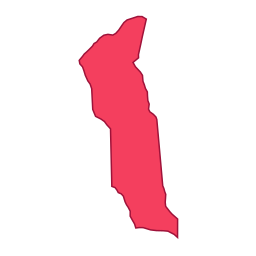 the district of Américo Brasiliense, São Paulo, Brazil, rotated 88°
{"feature_id": "56859067B22191698806388", "entity_name": "Américo Brasiliense", "entity_type": "district", "adm_level": 2, "iso_a3": "BRA", "parent_name": "Brazil", "parent_adm1": "São Paulo", "projection": "albers", "projection_center": [-48.034, -21.724], "detail": "fine", "context": "isolated", "style": "filled", "palette": "rose", "viewbox_px": 256, "rotation_deg": 88, "n_neighbors": 0, "source": "geoboundaries", "source_scale": "gbopen_adm2", "svg_char_len": 1157}
<svg xmlns="http://www.w3.org/2000/svg" viewBox="0 0 256 256"><g transform="rotate(88 128 128)"><path d="M239.1,82.3L220.7,81.6L215.5,87.1L213.0,89.2L207.6,93.1L203.5,93.4L199.9,93.0L195.6,92.6L193.0,93.5L189.6,94.3L187.0,95.3L120.6,98.9L118.0,99.7L115.2,102.2L112.6,105.6L109.9,106.8L104.8,106.0L101.3,107.2L96.4,107.4L92.6,107.4L89.1,109.2L85.3,110.2L81.9,111.4L75.9,111.7L72.5,113.7L67.0,118.5L62.6,120.7L58.2,115.0L55.0,115.0L45.3,112.5L36.8,110.4L19.8,105.9L17.1,110.1L16.9,114.4L20.0,125.2L22.5,128.4L25.0,130.3L29.9,133.9L33.0,136.9L34.6,139.9L33.7,144.8L34.4,148.9L37.3,153.2L41.0,156.3L42.4,159.0L44.9,160.6L48.4,164.3L50.8,167.0L52.5,169.1L54.8,170.9L58.7,174.4L62.2,173.9L65.3,171.3L69.0,170.1L73.9,168.8L79.5,166.5L82.8,164.3L87.5,162.9L101.1,162.7L108.2,162.6L115.2,160.0L118.0,154.9L120.7,151.3L124.1,149.0L128.2,145.5L185.8,146.2L187.1,143.0L189.7,141.2L192.2,140.0L193.6,137.0L196.0,135.0L201.6,133.5L204.6,132.2L207.2,130.6L211.2,128.7L216.2,128.9L220.5,126.7L224.1,124.8L228.2,123.7L227.9,120.3L228.1,116.3L230.6,109.0L231.5,103.2L231.9,96.4L232.5,91.7L235.9,85.6L239.1,82.3Z" fill="#f43f5e" stroke="#9f1239" stroke-width="1.5"/></g></svg>